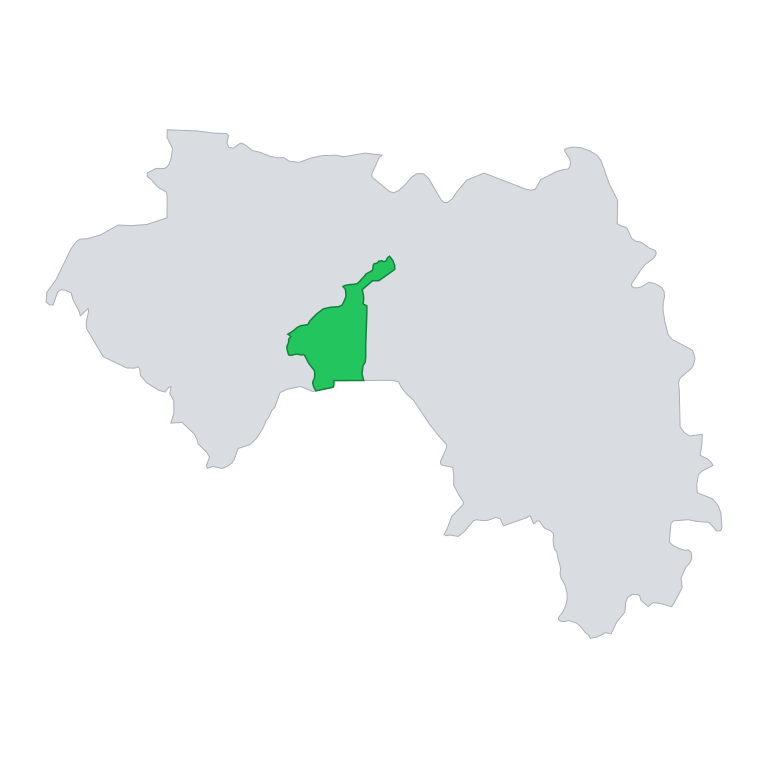 location of Mamou within Guinea
{"feature_id": "GIN-5653", "entity_name": "Mamou", "entity_type": "Prefecture", "adm_level": 1, "iso_a3": "GIN", "parent_name": "Guinea", "parent_adm1": "", "projection": "mercator", "projection_center": [-11.878, 10.604], "detail": "fine", "context": "in_parent", "style": "filled", "palette": "green", "viewbox_px": 768, "rotation_deg": 0, "n_neighbors": 0, "source": "natural_earth", "source_scale": "10m", "svg_char_len": 5142}
<svg xmlns="http://www.w3.org/2000/svg" viewBox="0 0 768 768"><path d="M483.3,520.7L476.3,519.7L473.1,521.1L463.8,532.1L458.1,536.4L449.4,535.0L446.3,535.8L444.0,534.6L447.2,528.5L451.7,516.5L463.1,504.4L463.4,501.9L458.7,494.8L453.7,485.2L453.7,474.9L452.8,467.4L442.6,465.3L440.8,464.1L440.5,461.5L446.2,448.7L446.7,446.0L446.0,443.7L439.7,437.1L430.0,424.9L413.2,399.8L407.0,394.5L401.0,386.9L398.7,382.0L392.5,380.3L334.0,380.6L333.0,387.1L312.8,391.5L300.4,386.5L286.6,389.4L279.9,392.8L274.7,407.4L271.8,410.5L268.8,417.1L266.1,420.7L263.1,427.9L256.6,438.2L249.7,444.8L238.0,448.5L234.3,459.3L231.6,463.3L227.1,466.4L222.3,468.5L212.7,466.4L207.3,468.3L206.4,465.6L209.5,457.1L207.0,452.6L197.9,443.7L197.0,439.4L194.2,433.9L182.1,422.4L170.8,423.1L173.9,413.5L173.8,400.8L169.9,393.8L170.9,386.7L168.8,387.1L165.1,392.0L159.0,390.4L146.6,382.8L140.5,375.5L139.7,369.2L138.3,366.8L134.6,368.1L126.9,368.0L103.3,356.8L86.6,328.7L86.2,322.3L88.6,311.4L88.1,308.5L80.4,315.7L78.9,310.9L73.0,299.6L71.3,293.1L65.7,290.2L61.2,289.7L57.7,291.8L53.1,305.0L49.6,304.9L46.1,302.1L46.8,292.3L55.9,279.9L71.0,248.8L76.4,241.6L79.9,239.1L87.0,238.8L101.0,234.7L118.1,225.0L131.3,225.7L146.8,224.5L167.0,217.8L167.2,196.9L166.5,192.2L159.3,188.0L155.1,184.3L151.5,179.7L147.2,176.4L147.3,172.9L156.3,168.4L164.5,168.5L167.2,166.7L169.3,163.8L171.6,156.2L172.4,148.2L167.0,137.4L167.3,129.8L197.0,130.9L213.3,133.1L226.6,133.6L228.7,135.4L226.9,142.8L228.6,147.1L233.1,148.3L240.5,143.1L244.4,144.3L252.8,150.7L260.5,152.4L269.0,155.9L276.9,157.8L283.9,157.6L289.3,161.2L299.2,162.3L311.9,157.8L322.0,155.7L336.1,155.2L343.5,156.8L365.0,153.1L381.9,155.1L379.2,157.7L371.5,174.5L372.4,177.4L389.6,191.6L393.7,192.7L398.4,190.8L405.7,184.2L411.5,177.1L417.2,173.6L423.7,173.8L428.9,178.8L441.1,199.9L444.2,202.6L447.2,202.5L452.5,198.6L455.2,194.0L466.6,180.1L484.1,173.1L525.7,189.1L531.8,190.3L535.4,189.1L540.6,179.7L556.3,171.6L563.8,169.4L568.1,169.1L569.8,166.6L570.6,162.7L569.7,158.8L564.9,151.6L564.7,149.5L567.5,148.1L573.5,147.1L581.2,147.8L589.9,150.9L597.0,155.3L601.1,160.6L608.9,182.9L617.6,200.4L617.3,223.7L621.2,226.0L625.5,227.1L627.4,228.9L631.7,238.5L635.7,241.3L640.5,242.0L649.5,248.1L655.3,250.6L656.1,252.4L655.9,254.9L653.7,258.2L645.0,264.6L640.7,270.1L631.8,283.3L631.5,285.8L633.4,287.6L637.1,287.9L641.0,287.0L649.2,282.1L655.6,283.9L661.7,287.5L664.0,291.4L664.6,296.4L663.2,302.8L663.0,310.1L665.0,322.4L668.2,334.6L671.5,339.1L692.0,349.9L694.0,354.0L695.0,358.6L693.5,364.8L691.4,368.3L680.2,377.9L678.5,382.4L679.3,390.9L680.1,426.9L684.6,432.9L689.8,436.0L702.2,434.3L701.9,444.2L700.2,455.4L707.4,458.8L711.0,462.2L713.0,465.4L701.7,471.3L698.4,474.8L696.8,484.1L697.2,492.7L712.5,498.8L718.4,506.0L721.0,513.5L721.9,527.6L720.6,530.8L716.6,530.9L708.9,522.3L697.0,521.4L688.2,519.7L673.4,520.9L671.0,523.4L669.2,542.1L672.8,545.3L679.8,548.8L684.4,550.3L688.2,549.9L691.1,552.2L691.8,558.4L689.8,562.9L685.9,567.1L681.1,577.9L682.1,587.8L673.8,603.6L671.4,606.7L660.4,603.5L653.3,602.5L648.1,606.5L640.9,600.3L639.6,595.5L637.0,594.5L632.2,594.5L627.7,597.2L625.8,602.2L624.8,612.3L616.8,621.9L611.1,633.8L604.6,632.7L603.1,634.2L596.2,637.3L590.2,638.2L588.6,635.0L585.1,632.4L581.3,627.3L576.8,623.2L568.4,620.4L565.1,621.6L561.1,621.3L558.5,619.7L558.8,617.2L563.3,611.0L565.8,605.3L567.2,599.0L567.1,593.1L564.8,584.6L561.0,578.0L560.1,574.1L560.5,568.6L559.6,563.5L558.4,560.8L556.6,551.1L554.4,549.3L553.1,541.5L553.5,533.6L550.2,530.6L545.0,528.4L542.0,525.2L540.1,521.8L538.3,520.7L536.7,521.0L535.2,523.1L533.5,523.6L530.5,516.1L529.3,515.8L527.2,517.5L503.4,525.8L500.3,518.8L495.8,517.5L487.9,520.3L483.3,520.7Z" fill="#d9dde1" stroke="#a8b0b8" stroke-width="1"/><path d="M363.7,380.5L334.1,380.6L333.7,386.3L333.1,387.2L315.8,390.9L313.8,387.0L312.7,383.4L312.7,382.5L312.9,381.6L314.3,378.5L314.5,377.5L314.7,376.1L314.7,373.0L314.6,371.6L314.4,370.6L308.8,363.5L304.9,355.9L304.2,354.9L303.8,354.7L303.5,354.6L303.2,354.6L302.3,354.9L301.7,354.9L300.3,354.8L297.8,354.2L296.9,354.1L295.9,354.1L294.9,354.3L292.3,355.2L291.4,355.3L290.5,355.3L289.7,355.3L288.9,355.0L288.6,354.6L288.3,354.1L286.8,348.2L286.8,346.9L287.1,345.9L287.9,344.1L288.6,342.2L288.7,341.2L288.6,339.6L288.8,339.0L289.1,338.5L290.8,336.6L289.2,334.9L287.8,334.2L292.9,331.1L297.3,327.4L300.6,325.7L307.8,324.6L310.0,320.7L316.6,314.0L323.2,308.9L330.7,307.2L338.7,306.7L342.2,305.0L344.2,300.8L346.1,296.3L345.5,289.6L343.0,286.4L345.6,285.3L349.7,284.6L353.7,284.3L356.7,283.8L358.3,282.7L360.9,280.1L361.1,279.7L365.1,275.4L365.7,274.2L371.5,270.9L372.4,270.1L372.9,268.9L373.2,265.6L373.5,264.5L374.2,263.8L375.3,263.5L376.1,263.4L376.7,263.2L377.5,262.8L378.1,262.2L378.4,261.4L379.0,261.0L380.0,261.5L381.2,260.6L382.3,260.9L383.5,261.5L385.0,261.5L386.1,260.6L387.6,257.7L389.5,256.2L392.7,260.3L394.7,265.3L394.7,269.4L388.9,273.6L378.8,280.7L372.7,280.7L364.2,287.9L363.5,288.6L363.0,288.9L362.3,289.9L363.6,296.1L363.7,299.1L363.3,303.0L363.0,303.6L364.0,304.5L366.8,305.7L366.9,311.4L365.7,345.3L365.7,357.4L365.2,362.4L363.1,365.3L362.0,373.6L363.7,380.5Z" fill="#22c55e" stroke="#15803d" stroke-width="1.5"/></svg>